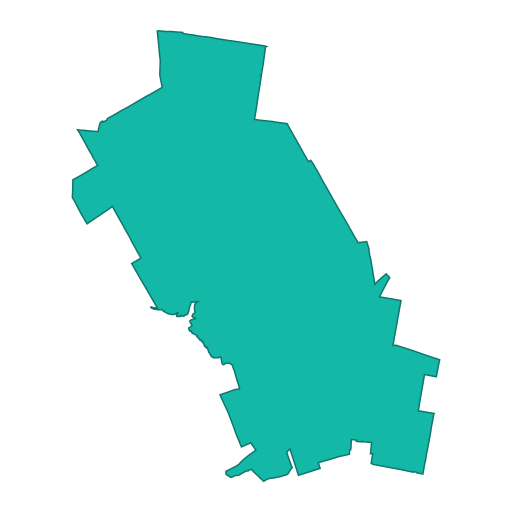 Fratesti, Giurgiu, Romania
{"feature_id": "2599482B51222543390169", "entity_name": "Fratesti", "entity_type": "district", "adm_level": 2, "iso_a3": "ROU", "parent_name": "Romania", "parent_adm1": "Giurgiu", "projection": "mercator", "projection_center": [25.914, 43.99], "detail": "fine", "context": "isolated", "style": "filled", "palette": "teal", "viewbox_px": 512, "rotation_deg": 0, "n_neighbors": 0, "source": "geoboundaries", "source_scale": "gbopen_adm2", "svg_char_len": 5918}
<svg xmlns="http://www.w3.org/2000/svg" viewBox="0 0 512 512"><path d="M397.8,317.7L398.2,316.1L401.0,300.6L391.2,298.8L379.6,296.9L381.7,292.5L385.8,284.6L388.0,280.5L389.8,277.8L386.2,273.9L382.9,276.6L377.2,281.7L374.9,284.3L373.6,276.6L370.7,259.1L370.5,258.4L369.8,255.9L369.3,252.5L368.9,250.4L368.9,249.8L369.1,249.3L366.7,241.6L363.0,242.1L359.5,242.5L358.1,242.6L357.8,242.6L357.7,242.3L357.7,241.9L354.5,236.6L351.3,230.8L349.6,228.1L346.6,222.5L337.9,207.7L329.5,192.8L322.7,180.9L318.1,172.3L315.5,167.9L312.8,163.2L311.6,161.6L310.7,160.3L308.4,161.7L288.5,126.3L287.1,123.6L275.5,122.1L272.4,121.5L261.8,120.4L254.5,119.5L256.2,109.4L257.8,98.3L261.2,76.7L261.2,76.1L261.2,75.9L260.6,75.2L261.5,74.8L261.8,72.4L263.3,63.5L263.9,58.7L265.6,46.8L266.5,46.5L265.5,46.1L233.3,41.1L226.6,40.2L214.3,38.2L212.8,37.8L207.0,36.9L205.6,36.6L205.4,36.6L205.0,36.9L194.7,35.4L194.5,35.1L194.2,35.1L189.0,34.5L184.3,33.7L182.9,33.4L182.8,32.6L182.7,32.4L176.6,32.0L170.2,31.4L168.9,31.6L167.9,31.6L161.3,31.1L160.5,31.0L159.4,30.7L158.6,30.8L157.2,31.1L157.5,33.2L158.9,47.1L159.4,53.3L160.3,60.6L159.8,74.5L160.1,76.8L160.3,77.6L162.2,87.4L159.6,88.9L149.7,94.6L147.9,95.4L139.8,100.1L127.7,107.2L118.9,112.0L114.2,114.8L108.0,118.2L107.4,118.6L107.2,119.2L107.1,119.9L107.0,120.0L104.3,121.5L103.6,122.0L103.4,122.1L103.2,122.1L102.9,121.2L102.6,121.1L101.9,121.4L100.5,122.4L100.2,122.7L99.8,124.0L98.0,131.3L97.8,131.6L96.2,131.5L93.2,131.2L87.8,130.8L85.9,130.5L80.4,130.1L77.6,129.8L78.6,131.3L80.3,134.3L86.1,144.8L87.0,146.6L88.1,148.4L89.0,150.3L91.9,155.0L92.8,157.2L94.2,159.3L97.6,165.5L91.2,169.1L86.8,171.9L81.5,175.0L73.8,179.3L72.9,179.6L72.5,194.9L72.3,196.3L72.4,197.3L73.0,198.7L74.2,200.6L80.6,212.8L85.6,221.5L85.8,221.4L87.1,223.8L93.8,219.2L100.5,214.7L112.5,206.5L113.5,208.5L118.0,216.5L124.4,227.9L126.3,231.4L127.5,233.5L129.6,237.2L132.2,242.4L134.6,246.6L137.0,251.2L139.7,255.9L140.9,258.1L131.7,263.5L134.6,268.6L139.6,277.4L146.6,289.3L157.3,307.9L153.5,307.8L152.4,307.4L151.2,306.9L150.8,307.1L150.8,307.3L150.8,307.5L151.9,308.2L153.0,308.7L153.9,309.1L154.9,309.3L159.3,309.8L161.7,309.6L162.1,309.5L162.7,310.5L163.2,311.0L164.2,311.6L165.3,312.2L166.2,312.8L168.0,313.6L171.9,314.6L173.0,314.5L175.2,314.2L175.7,314.0L176.9,312.6L177.3,312.5L177.6,312.5L177.8,312.5L177.8,312.9L176.7,315.5L176.5,316.0L176.7,316.4L177.8,316.5L180.7,316.4L180.9,316.2L181.0,315.5L181.2,315.3L182.6,316.1L183.5,316.2L184.0,316.1L185.3,315.1L187.0,314.5L187.6,314.0L188.6,311.7L189.1,309.2L189.8,306.4L190.8,304.1L190.9,303.5L190.9,302.2L191.2,301.9L192.2,302.2L194.1,302.0L194.9,301.7L197.6,301.7L196.2,302.7L195.5,303.2L195.1,303.8L194.8,304.6L194.5,306.2L194.4,308.5L194.5,309.9L194.9,312.0L195.0,312.8L194.8,313.0L193.5,313.7L192.9,314.3L192.4,315.2L192.1,316.1L192.2,316.6L192.7,317.1L194.0,317.7L195.2,318.1L195.4,318.3L195.5,318.5L195.3,318.7L193.2,319.2L191.4,319.8L190.3,320.4L189.9,320.8L189.9,321.4L190.2,322.3L190.7,323.2L192.1,325.5L191.1,326.3L188.6,328.1L188.6,328.3L188.8,328.6L188.9,329.0L189.1,329.2L189.2,329.5L189.3,330.4L189.9,330.6L190.0,331.1L190.3,331.3L190.8,331.4L191.3,331.1L191.5,331.2L191.6,331.4L191.7,332.3L192.1,332.7L192.2,333.2L192.3,333.4L193.5,333.6L193.7,333.9L194.1,334.0L194.4,334.2L194.9,334.4L195.4,334.8L196.5,335.2L197.3,336.0L196.9,336.5L197.3,336.9L197.4,337.4L197.7,337.5L199.1,338.4L199.1,339.0L199.3,339.2L199.8,339.4L199.8,339.9L199.9,340.1L200.1,340.1L200.4,339.7L200.6,339.7L200.9,339.8L201.1,340.3L201.3,341.1L201.6,341.5L201.9,341.7L202.1,341.7L202.7,341.4L202.9,341.4L203.0,341.8L203.2,343.4L203.5,343.9L204.2,344.2L204.4,344.5L204.5,345.1L204.4,345.6L204.4,346.0L206.4,347.7L206.4,347.2L206.5,347.0L207.0,347.4L207.4,348.2L208.0,349.5L208.4,351.0L208.8,352.3L210.0,353.8L210.7,355.6L211.3,356.4L213.1,357.6L214.6,357.8L216.8,357.8L218.3,357.8L219.0,357.5L219.9,357.0L220.1,356.7L220.6,357.0L220.8,357.4L221.2,358.8L221.4,359.8L221.8,362.8L222.4,364.0L222.7,364.4L223.0,364.6L223.4,364.7L224.1,364.5L224.5,363.9L225.2,363.5L226.7,363.2L227.8,363.1L228.6,363.3L229.9,363.3L230.2,363.5L230.9,364.3L231.2,364.4L231.8,364.4L232.0,364.6L232.2,364.9L233.2,368.0L234.7,371.7L234.8,372.8L235.2,373.5L236.7,379.3L238.0,383.1L238.9,386.2L239.0,386.9L239.6,388.2L239.7,388.4L239.4,388.8L239.4,389.0L237.8,389.1L234.9,389.6L230.7,391.1L220.0,394.8L224.0,403.6L226.4,408.7L228.5,413.3L233.6,426.9L235.4,432.1L237.6,437.6L238.3,439.3L241.4,446.9L250.0,443.2L250.4,443.0L250.7,442.7L255.9,450.2L249.3,454.9L245.2,458.1L241.0,461.9L239.1,464.2L238.5,464.6L235.9,466.3L226.0,471.3L225.9,471.7L226.1,472.6L225.9,473.5L226.3,474.5L227.3,475.2L230.6,477.2L231.2,477.4L231.4,477.4L233.9,476.2L235.4,475.6L236.3,475.4L237.6,475.4L238.9,475.1L245.2,471.5L246.1,471.1L248.3,470.9L249.0,470.3L251.1,469.2L251.8,469.7L252.8,470.9L254.2,472.4L259.3,477.1L259.6,477.5L259.7,477.9L260.5,478.4L263.7,481.3L266.7,479.5L268.1,478.8L270.8,478.3L273.3,478.0L278.7,477.0L282.5,476.0L283.9,475.5L285.8,475.0L287.2,474.5L287.8,474.0L291.2,468.8L291.8,467.9L292.2,467.7L288.7,458.4L286.7,452.1L290.0,449.0L298.3,474.8L298.5,475.3L299.8,474.9L320.1,468.4L318.3,462.7L330.5,459.2L338.9,456.6L349.3,454.3L349.7,450.0L350.7,449.8L351.1,446.5L351.1,446.0L350.9,445.7L351.2,442.7L351.4,439.5L356.6,440.1L356.4,441.4L362.1,441.9L362.1,441.5L371.6,442.6L370.4,453.7L372.8,453.9L371.9,458.5L371.2,463.3L371.7,463.3L372.3,464.0L372.7,464.3L403.6,470.1L403.6,470.3L405.2,470.5L413.1,472.2L413.4,472.1L413.5,471.7L416.8,472.3L416.9,472.9L422.9,474.0L424.5,464.8L425.1,461.6L425.3,461.5L427.1,450.5L427.3,450.5L428.4,444.3L429.3,439.7L430.8,431.1L431.5,426.2L432.4,421.8L433.6,415.2L433.8,414.2L434.2,413.5L421.0,411.2L418.3,410.9L419.5,403.8L419.7,402.0L423.2,382.3L424.2,376.1L424.6,374.5L436.3,376.8L438.4,365.7L439.7,359.8L427.6,355.8L415.0,351.4L396.3,345.3L395.1,345.3L393.1,345.6L393.2,344.2L394.0,339.4L397.5,320.1L397.8,317.7Z" fill="#14b8a6" stroke="#0f766e" stroke-width="1.5"/></svg>